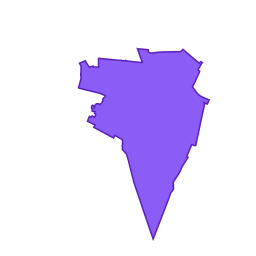 Valea Nucarilor, Tulcea, Romania (Robinson projection), rotated 22°
{"feature_id": "2599482B55902269150341", "entity_name": "Valea Nucarilor", "entity_type": "district", "adm_level": 2, "iso_a3": "ROU", "parent_name": "Romania", "parent_adm1": "Tulcea", "projection": "robinson", "projection_center": [28.899, 45.009], "detail": "fine", "context": "isolated", "style": "filled", "palette": "violet", "viewbox_px": 256, "rotation_deg": 22, "n_neighbors": 0, "source": "geoboundaries", "source_scale": "gbopen_adm2", "svg_char_len": 5277}
<svg xmlns="http://www.w3.org/2000/svg" viewBox="0 0 256 256"><g transform="rotate(22 128 128)"><path d="M189.9,76.6L189.4,76.3L189.1,76.1L190.1,76.1L190.6,76.1L191.4,76.1L192.6,76.1L192.6,74.5L192.6,73.8L192.7,71.6L189.2,71.5L188.5,71.5L186.8,71.5L186.2,71.4L185.1,71.4L183.5,71.3L183.2,71.3L182.5,71.0L181.4,70.7L179.9,70.2L179.1,69.9L178.6,69.6L177.0,68.6L176.6,68.3L174.6,67.1L173.8,66.6L172.5,65.8L172.4,65.6L172.5,65.6L172.4,65.4L172.7,62.3L172.8,60.7L172.9,58.9L172.9,58.5L173.3,48.8L173.3,48.7L173.1,48.5L171.1,47.8L171.9,42.0L172.3,39.4L170.4,39.3L170.2,40.1L170.1,40.3L169.9,41.2L168.6,40.8L168.1,40.7L166.0,40.0L164.2,39.4L163.1,39.1L159.5,37.9L152.9,35.7L151.9,35.3L149.5,34.5L148.2,37.4L147.4,37.8L146.2,38.3L144.8,38.9L141.2,40.4L141.0,40.5L139.0,41.3L136.9,42.3L136.7,42.3L136.2,42.6L135.8,42.8L135.7,42.9L132.6,44.0L131.6,44.6L131.2,44.8L130.0,45.3L129.4,45.5L128.8,45.9L128.2,46.2L126.3,47.2L124.6,48.1L123.6,48.7L123.3,48.9L123.2,49.0L122.0,49.5L121.6,49.8L121.3,49.9L121.2,49.9L120.7,50.0L120.2,50.0L118.5,49.9L118.4,49.7L117.7,48.1L117.4,47.9L117.1,48.0L116.4,48.1L115.5,48.4L110.9,49.8L110.2,50.0L109.1,50.4L108.2,50.7L107.7,50.9L107.5,51.0L107.2,50.9L107.4,51.1L107.2,51.1L116.7,61.9L116.2,62.1L113.7,62.9L113.0,63.1L112.3,63.3L111.2,63.6L110.0,64.0L109.8,64.0L108.9,64.3L106.7,64.9L104.4,65.6L103.6,65.8L101.7,66.2L101.0,66.5L100.8,66.5L100.6,66.4L100.6,66.5L100.4,66.6L100.1,66.8L97.4,67.7L97.1,67.7L96.7,67.8L95.6,68.0L95.4,68.1L95.2,68.3L94.9,68.4L94.7,68.5L94.3,68.6L93.2,68.9L92.3,69.2L91.7,69.4L90.7,69.7L90.2,69.8L88.2,70.4L87.6,70.6L87.0,70.7L86.7,70.8L85.8,71.1L85.7,71.1L85.4,71.2L74.6,74.4L74.8,75.0L75.4,76.6L75.5,76.8L77.7,82.3L77.9,82.7L76.6,83.1L73.0,84.3L72.6,83.6L69.4,86.0L68.8,85.7L66.1,83.9L65.5,83.4L65.2,83.3L65.0,83.1L64.8,82.9L64.2,82.5L63.7,82.0L63.6,81.9L63.4,81.7L62.9,82.0L62.2,82.7L60.2,84.6L59.3,85.6L59.0,85.8L58.7,86.1L60.5,87.6L61.2,88.1L61.3,88.2L61.5,88.7L61.5,88.9L61.8,89.4L62.0,90.0L62.1,90.3L62.3,90.8L62.4,91.1L62.8,92.2L63.2,92.9L63.4,93.8L63.7,94.8L64.0,95.8L64.4,96.8L64.7,97.4L65.0,97.6L65.2,97.8L65.4,98.5L65.7,99.1L65.8,99.3L66.1,101.5L66.4,103.4L66.4,103.6L66.8,107.2L67.0,109.5L66.9,109.5L72.4,108.7L72.5,108.7L72.8,108.8L73.0,108.8L73.6,108.7L74.0,108.5L75.1,108.4L75.3,108.3L76.4,108.2L78.5,107.9L81.0,107.5L84.7,107.0L86.6,106.7L88.7,106.5L89.1,106.4L90.6,106.4L94.9,106.5L95.2,107.0L95.2,107.3L95.1,107.5L94.6,108.6L94.3,109.0L94.0,109.7L93.8,110.5L93.9,110.8L94.0,111.5L94.2,112.0L94.4,112.5L94.4,113.0L94.4,113.5L94.2,114.1L94.0,114.8L93.7,115.8L93.5,116.6L92.8,116.5L92.4,116.5L91.9,116.6L91.6,116.6L91.0,116.8L90.5,117.1L90.3,117.1L90.2,117.1L89.9,117.1L89.7,117.3L89.4,117.7L89.2,118.2L89.1,118.5L88.9,119.0L88.8,119.3L88.9,119.6L88.9,119.9L88.9,120.2L89.0,120.3L89.0,120.7L89.1,121.6L89.2,121.8L89.4,122.2L89.2,122.2L89.0,121.8L89.0,121.7L88.8,121.0L88.8,120.8L86.8,120.1L86.5,120.2L86.2,120.5L86.1,120.8L86.2,121.2L86.2,121.6L86.3,122.0L86.4,122.3L86.5,122.6L86.6,123.0L87.0,123.5L88.1,124.9L88.4,125.2L88.4,125.7L88.6,125.9L88.9,125.8L89.5,125.5L90.0,125.4L90.7,125.3L91.3,125.1L91.2,126.0L91.2,126.5L91.3,126.8L91.6,127.0L92.8,127.2L92.9,127.5L93.1,128.0L93.1,129.0L92.9,130.7L90.3,130.1L89.5,131.8L88.0,131.7L87.8,134.9L87.8,135.2L87.9,135.4L88.0,135.5L88.1,135.8L88.0,136.6L87.9,137.0L88.7,137.0L90.9,137.1L94.4,137.4L96.4,137.5L95.9,140.2L103.6,141.0L118.3,142.7L118.7,140.4L118.7,140.1L118.7,139.7L118.8,139.7L122.3,140.3L123.3,140.4L125.1,140.7L127.0,140.9L127.1,141.1L127.3,141.4L127.8,142.2L128.1,142.4L128.2,142.7L128.4,143.4L128.5,143.7L128.6,144.1L128.7,144.5L128.8,144.8L129.0,145.3L129.2,145.6L129.3,145.8L129.3,146.1L129.2,146.6L129.4,146.8L129.6,147.3L129.7,147.5L129.9,147.8L130.2,148.2L130.4,148.6L130.4,149.2L130.6,149.5L130.9,150.2L131.4,150.3L132.0,150.4L133.4,151.3L133.6,151.4L134.3,151.4L134.6,152.1L134.8,152.1L135.1,152.2L135.3,152.1L135.5,152.1L135.9,152.2L136.1,152.4L136.5,152.9L140.0,157.3L154.2,176.7L165.1,189.2L173.3,198.9L192.9,221.5L192.2,176.4L191.9,172.4L192.9,168.9L193.0,167.5L192.9,167.0L192.8,166.6L192.6,166.4L192.5,166.2L192.3,165.8L192.2,165.6L191.6,165.2L191.5,164.9L191.7,164.6L191.7,164.3L191.6,164.0L191.4,163.6L191.3,163.3L191.1,163.2L190.7,163.0L190.5,162.7L190.4,162.6L190.5,159.9L192.2,151.3L192.6,147.8L192.6,144.2L193.2,140.4L194.0,136.6L194.6,132.7L193.6,132.7L193.6,132.4L193.3,132.2L193.2,132.1L193.2,131.9L193.1,131.6L193.1,131.3L193.1,131.1L193.1,130.1L193.1,129.3L193.2,127.5L193.2,126.9L193.2,126.6L193.2,125.9L193.2,125.5L193.3,125.1L193.3,124.8L193.2,123.9L193.2,123.5L193.3,123.1L193.3,122.1L193.3,121.7L193.3,120.9L193.3,120.3L193.3,119.7L193.4,119.3L193.5,119.3L194.2,119.4L195.2,119.4L195.7,119.4L196.4,119.4L196.8,119.3L196.9,119.2L197.2,118.9L197.3,118.7L197.3,118.4L197.2,117.8L197.1,117.4L197.0,116.7L196.9,116.5L196.6,116.0L196.8,116.0L196.8,115.8L196.2,112.5L196.2,112.3L196.1,111.8L195.6,109.2L195.5,108.9L195.5,108.3L195.3,106.8L194.9,105.2L194.8,104.6L194.8,104.4L194.8,104.1L194.6,103.6L194.6,103.3L194.4,102.1L194.1,100.6L194.0,99.9L193.7,98.2L193.6,97.9L193.5,97.1L193.4,96.5L193.0,94.2L192.9,93.4L192.7,92.3L192.6,91.8L192.5,91.3L192.3,90.2L192.0,88.8L192.0,88.5L191.8,87.4L191.6,86.2L191.0,82.5L190.8,81.4L190.7,80.7L190.5,80.0L190.1,77.5L189.9,76.6Z" fill="#8b5cf6" stroke="#5b21b6" stroke-width="1.5"/></g></svg>